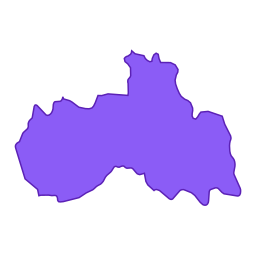 the Region of Liberecký
{"feature_id": "CZE-1597", "entity_name": "Liberecký", "entity_type": "Region", "adm_level": 1, "iso_a3": "CZE", "parent_name": "Czechia", "parent_adm1": "", "projection": "albers", "projection_center": [15.007, 50.741], "detail": "fine", "context": "isolated", "style": "filled", "palette": "violet", "viewbox_px": 256, "rotation_deg": 0, "n_neighbors": 0, "source": "natural_earth", "source_scale": "10m", "svg_char_len": 2647}
<svg xmlns="http://www.w3.org/2000/svg" viewBox="0 0 256 256"><path d="M62.8,96.8L63.6,98.9L69.7,100.7L72.1,102.1L78.8,107.2L85.3,108.6L89.0,108.8L91.9,108.0L93.6,106.1L95.2,102.9L98.0,95.5L101.7,95.6L108.0,93.9L127.9,95.4L128.3,93.0L128.1,83.4L127.9,82.6L127.8,81.6L127.9,80.0L128.4,79.1L130.1,77.1L130.7,75.7L130.5,67.7L127.8,63.9L125.0,61.6L124.3,58.5L125.1,57.5L126.0,56.8L127.0,56.3L127.9,56.1L130.5,54.3L131.3,53.0L131.7,50.8L135.1,53.8L143.9,55.7L145.3,58.5L147.4,60.5L149.8,61.7L151.8,61.3L152.3,58.5L152.3,58.4L153.9,54.8L156.1,53.2L158.2,54.3L159.0,58.5L160.6,62.5L170.5,62.6L175.2,64.9L178.0,69.5L177.8,72.1L176.3,75.0L175.1,80.1L175.6,84.0L177.3,88.9L179.3,93.4L181.2,96.4L184.7,99.2L187.9,100.6L190.5,102.8L192.6,108.0L192.7,110.6L192.2,113.4L192.1,116.0L193.2,118.3L195.4,119.0L195.7,119.1L197.6,117.0L199.3,114.1L200.9,112.1L208.1,111.4L222.2,116.2L224.7,124.2L230.6,135.9L231.0,138.1L230.7,139.7L230.1,141.2L229.7,143.3L229.5,145.8L229.8,151.2L230.3,153.6L231.1,155.7L233.3,158.5L234.1,159.9L234.6,161.4L234.9,163.1L235.0,164.7L234.9,166.4L233.8,172.3L233.8,173.4L234.0,174.4L240.2,188.3L240.6,189.9L240.6,191.6L240.4,193.4L239.7,195.0L238.7,195.8L237.5,196.0L224.0,193.8L222.0,192.4L218.3,188.5L217.3,188.0L216.3,187.8L215.2,187.9L210.7,189.5L209.7,190.3L209.2,191.8L208.6,200.6L208.3,202.5L207.5,204.0L206.5,204.9L205.3,205.2L204.1,205.1L202.8,204.6L200.2,202.3L194.8,195.4L191.4,192.7L183.7,189.6L181.8,189.7L180.1,190.4L172.6,199.0L171.5,199.4L170.4,199.3L169.2,198.7L159.5,190.5L156.7,189.5L155.7,189.6L155.0,189.8L154.4,190.1L154.0,190.5L147.8,184.9L145.9,181.4L144.4,173.3L139.8,174.6L138.6,174.3L137.3,173.8L136.3,172.8L132.9,168.8L132.0,168.2L131.1,167.9L126.9,168.2L125.5,167.6L123.8,166.1L122.6,166.0L121.3,166.3L119.3,167.2L117.9,167.1L116.2,166.4L115.2,166.4L114.3,166.8L113.7,167.6L111.6,170.9L110.6,172.1L107.0,175.2L105.9,176.5L105.2,177.5L103.3,181.2L102.0,182.8L100.6,184.1L97.6,185.7L96.3,186.6L94.2,188.6L92.7,189.8L86.2,192.9L79.1,197.6L63.3,201.6L60.3,201.9L58.7,201.7L58.3,201.3L57.9,200.7L57.6,199.9L57.6,199.0L57.5,198.2L57.3,197.5L57.0,196.7L56.6,196.0L55.9,195.6L54.6,195.4L51.9,195.6L48.6,195.1L40.8,195.2L38.9,195.7L37.6,189.4L25.1,178.9L15.6,147.8L15.4,146.3L15.6,145.1L16.3,144.0L17.1,143.1L19.5,141.6L22.8,133.3L23.6,132.3L27.5,128.7L28.0,127.7L28.3,126.5L28.2,123.6L28.6,122.2L29.2,121.0L30.0,120.0L32.2,117.9L34.2,106.5L34.9,105.2L35.9,104.9L37.1,105.5L46.1,115.0L47.6,115.4L49.1,115.0L50.4,114.1L51.5,112.8L52.4,111.0L53.0,108.9L53.3,104.7L53.7,103.2L54.2,102.3L55.0,101.7L60.2,101.3L61.1,100.8L61.7,100.0L62.2,99.2L62.7,97.6L62.8,96.8Z" fill="#8b5cf6" stroke="#5b21b6" stroke-width="1.5"/></svg>